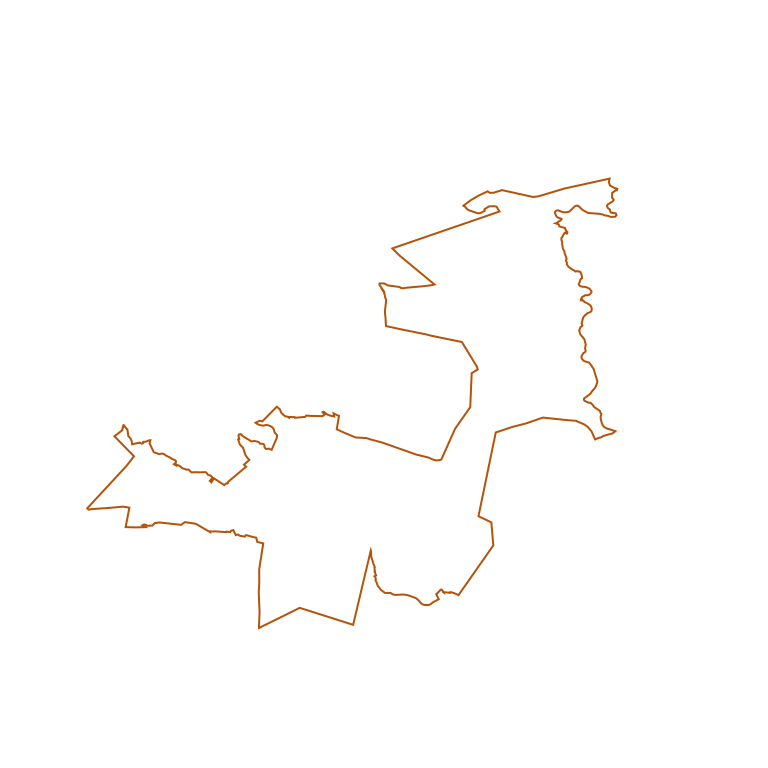 the district of Santa María Jacatepec, Oaxaca, Mexico, rotated 291°
{"feature_id": "50627088B44286312453490", "entity_name": "Santa María Jacatepec", "entity_type": "district", "adm_level": 2, "iso_a3": "MEX", "parent_name": "Mexico", "parent_adm1": "Oaxaca", "projection": "robinson", "projection_center": [-96.105, 17.868], "detail": "fine", "context": "isolated", "style": "outline", "palette": "amber", "viewbox_px": 768, "rotation_deg": 291, "n_neighbors": 0, "source": "geoboundaries", "source_scale": "gbopen_adm2", "svg_char_len": 6166}
<svg xmlns="http://www.w3.org/2000/svg" viewBox="0 0 768 768"><g transform="rotate(291 384 384)"><path d="M420.0,615.3L422.9,616.9L422.6,610.9L422.3,608.8L422.6,605.7L423.1,604.3L424.0,602.9L425.2,601.6L429.0,598.9L430.9,598.0L433.8,597.7L434.8,596.4L436.3,595.1L437.8,588.4L439.3,586.2L440.4,583.7L440.4,583.0L439.9,582.1L440.1,577.6L440.6,576.6L442.0,575.9L448.9,580.2L451.4,580.7L455.4,582.2L457.9,582.7L462.8,582.4L472.7,574.7L473.5,573.8L476.0,570.3L477.5,567.8L477.1,562.6L477.4,561.5L478.9,559.3L480.0,558.6L482.1,558.6L484.6,559.2L485.5,560.1L487.1,560.5L489.4,558.9L493.2,558.2L497.7,554.9L497.9,554.2L499.0,552.8L499.8,550.8L501.2,549.0L504.1,547.0L507.6,547.1L509.3,548.3L509.6,548.3L511.2,546.8L517.4,546.1L519.5,546.7L522.7,548.4L523.5,549.1L525.1,550.8L526.1,551.5L528.2,551.2L529.7,550.4L531.3,548.6L532.2,544.9L532.5,541.5L533.0,540.8L533.2,540.0L532.8,538.2L533.8,538.4L533.7,537.6L536.0,537.7L538.8,539.9L539.2,540.3L539.5,541.6L540.5,543.1L541.3,544.0L543.8,544.8L545.0,544.4L546.6,541.7L546.8,540.1L546.8,537.4L546.4,535.6L546.0,534.9L545.7,532.6L545.9,531.6L546.5,530.4L547.3,530.0L549.0,530.2L551.5,529.9L552.6,530.1L553.6,531.0L556.3,529.7L559.1,527.0L558.6,524.0L557.6,522.4L558.2,520.8L558.3,519.1L559.3,515.0L559.9,513.6L561.3,511.8L563.1,511.1L564.5,509.5L566.2,509.7L568.7,507.7L570.8,505.8L572.9,504.6L573.8,503.1L574.9,502.3L577.8,500.5L580.3,499.5L581.7,498.5L581.8,498.2L583.2,497.5L584.0,497.3L585.5,497.9L586.1,497.8L589.8,498.4L591.2,499.6L589.9,500.2L589.8,500.7L590.0,501.0L591.5,500.8L592.9,498.3L594.5,497.2L594.0,491.1L595.6,490.0L595.5,486.6L596.6,487.9L598.7,489.1L599.2,489.8L601.0,490.7L601.8,490.5L601.7,486.5L602.1,485.2L602.6,484.5L605.1,482.1L605.9,482.0L607.1,482.3L608.5,484.1L608.5,489.2L608.9,490.9L609.7,492.8L611.4,495.3L618.1,498.4L619.1,499.3L619.8,500.7L619.9,501.3L619.8,501.8L617.7,507.0L616.8,513.2L620.1,524.2L620.4,526.6L620.7,527.5L620.5,529.2L621.3,533.1L621.2,535.5L622.9,539.8L625.0,540.6L626.4,539.2L625.3,534.6L626.0,533.6L627.8,532.4L628.6,529.8L630.0,528.4L631.8,528.5L636.2,531.9L637.8,532.5L638.5,532.2L639.6,530.2L644.2,528.5L648.4,531.4L648.3,531.9L649.8,531.9L649.8,530.5L649.5,529.4L650.3,523.9L653.0,521.6L656.6,521.0L631.0,482.2L614.6,461.0L612.0,456.1L607.3,424.7L601.7,417.6L600.4,414.3L601.0,411.7L593.9,404.9L592.2,403.6L586.8,399.2L583.2,396.9L578.5,394.0L578.0,393.9L578.9,394.3L578.5,396.4L577.2,398.5L576.6,400.7L577.0,410.6L578.4,413.1L581.8,415.9L583.2,415.2L587.5,418.4L589.7,423.9L589.8,425.6L586.4,430.0L513.6,343.2L509.6,352.2L495.0,395.5L493.4,393.2L489.8,386.5L482.2,371.0L480.2,367.5L479.7,365.3L480.2,363.9L477.4,352.3L478.0,348.3L476.4,344.0L475.7,343.8L474.9,344.3L471.1,349.8L471.1,349.1L469.6,351.2L464.6,354.6L463.4,355.9L452.1,358.8L445.4,362.1L438.8,365.1L441.7,383.8L445.3,404.9L446.0,410.8L451.1,441.7L433.5,464.5L431.2,466.3L425.5,462.0L393.3,472.8L367.7,466.4L334.0,464.6L332.5,462.5L331.3,459.9L331.0,457.1L331.3,452.0L329.7,439.7L328.7,403.3L327.5,391.9L327.2,387.0L323.9,376.6L324.3,363.8L324.8,356.1L338.1,353.4L338.1,351.1L338.5,347.4L335.8,349.1L335.1,344.2L335.3,341.4L336.5,337.6L335.6,336.7L334.2,339.5L332.0,338.2L328.2,327.7L326.6,322.7L325.0,322.1L320.7,313.3L321.0,313.2L320.9,312.0L319.3,307.3L318.5,307.5L318.9,305.4L318.5,303.7L318.8,301.9L320.3,298.5L323.0,295.9L324.4,292.1L305.5,283.8L305.2,281.1L301.8,278.0L301.3,279.9L301.1,282.1L301.4,284.5L302.1,286.7L303.3,288.3L303.7,289.3L304.0,291.2L304.0,293.0L303.6,295.2L302.0,297.6L300.4,298.6L299.2,299.6L298.8,301.0L297.6,302.7L294.9,303.2L282.3,302.7L282.2,301.2L282.5,300.2L282.2,299.2L281.3,297.9L281.1,297.1L281.3,296.2L282.6,294.8L283.9,294.3L284.4,293.8L284.7,293.1L284.5,291.6L283.9,289.7L283.9,289.3L284.5,288.8L284.9,287.9L284.6,284.5L284.2,283.1L282.9,281.0L284.5,271.9L285.2,269.3L285.8,268.9L285.7,267.8L284.9,266.7L284.2,266.6L283.2,266.9L280.8,268.6L280.0,267.7L275.9,271.1L274.0,275.2L268.1,280.1L266.2,282.7L264.9,285.5L258.5,282.2L257.3,284.9L237.3,273.8L236.3,273.3L235.7,273.8L234.9,273.2L234.4,272.2L232.4,271.1L235.0,259.0L230.3,258.2L231.1,256.1L234.1,257.2L235.2,257.1L236.0,256.1L236.3,255.2L236.1,252.3L237.8,249.6L237.5,248.2L235.1,242.7L234.7,241.1L232.5,235.9L234.0,232.4L233.3,230.2L233.1,225.7L234.1,223.3L234.3,221.6L234.4,219.4L233.4,219.5L233.8,216.7L236.0,217.7L237.3,217.6L238.0,216.4L238.1,213.0L238.6,211.1L239.1,205.8L239.7,203.7L239.7,202.8L239.5,201.7L238.9,200.5L238.0,199.6L237.8,193.6L244.6,186.4L247.8,186.0L247.1,184.7L244.8,182.3L243.7,179.9L242.5,180.4L241.4,179.2L241.8,177.1L241.6,176.6L241.0,176.3L240.9,175.7L237.5,170.5L240.4,168.8L242.4,166.8L243.7,164.0L249.3,160.9L252.8,155.0L251.6,156.0L250.8,155.5L249.9,156.0L248.8,155.7L247.6,156.0L247.2,156.3L238.6,151.1L226.9,176.5L215.1,172.9L161.6,151.5L160.8,153.1L162.7,156.4L169.0,170.1L176.0,184.4L177.3,190.6L157.8,194.1L161.2,203.7L164.8,212.4L165.5,209.1L166.9,210.5L167.2,212.5L166.5,213.0L168.8,218.5L172.0,219.9L174.3,224.1L179.8,245.0L183.7,247.7L186.1,258.5L183.4,274.5L184.0,274.1L185.0,277.3L185.8,278.7L189.1,289.6L189.7,289.8L190.6,293.5L192.2,293.8L193.6,295.7L189.8,299.8L191.2,301.6L190.6,303.7L191.7,308.8L193.4,309.3L193.7,311.1L194.1,315.5L194.7,319.8L191.2,322.2L191.9,328.4L166.3,333.9L152.6,339.2L144.6,341.7L126.4,349.6L111.4,354.7L144.8,385.5L148.1,441.5L224.0,431.3L223.4,431.8L218.2,433.9L213.7,437.6L212.3,438.5L211.0,439.9L209.5,441.1L209.1,440.9L205.9,442.6L205.4,442.5L205.2,443.1L204.6,443.2L203.8,443.9L202.5,445.2L201.1,444.0L200.6,445.1L198.8,446.4L197.8,446.3L195.7,448.5L193.4,450.4L190.6,455.1L189.3,459.8L191.3,465.1L190.7,467.4L191.2,470.3L194.4,477.5L195.1,480.3L195.5,484.0L195.5,490.8L194.4,493.8L192.8,496.7L192.1,498.7L192.2,500.6L192.7,502.3L193.3,504.0L194.1,505.5L195.0,506.3L198.1,508.2L202.7,512.2L206.5,508.1L210.4,510.0L212.2,510.5L212.8,511.5L212.3,512.1L211.9,513.0L210.9,513.7L210.7,514.6L211.1,514.3L212.7,520.5L213.4,520.4L213.9,523.1L213.8,526.7L213.6,529.2L272.5,543.9L293.3,533.8L294.4,519.6L378.8,505.7L390.0,519.3L397.7,530.2L409.6,544.4L416.1,568.7L418.6,576.8L418.3,577.5L418.1,585.0L417.1,589.3L414.2,594.7L407.9,600.9L410.7,603.8L411.5,605.3L414.2,607.5L420.0,615.3Z" fill="none" stroke="#b45309" stroke-width="2"/></g></svg>